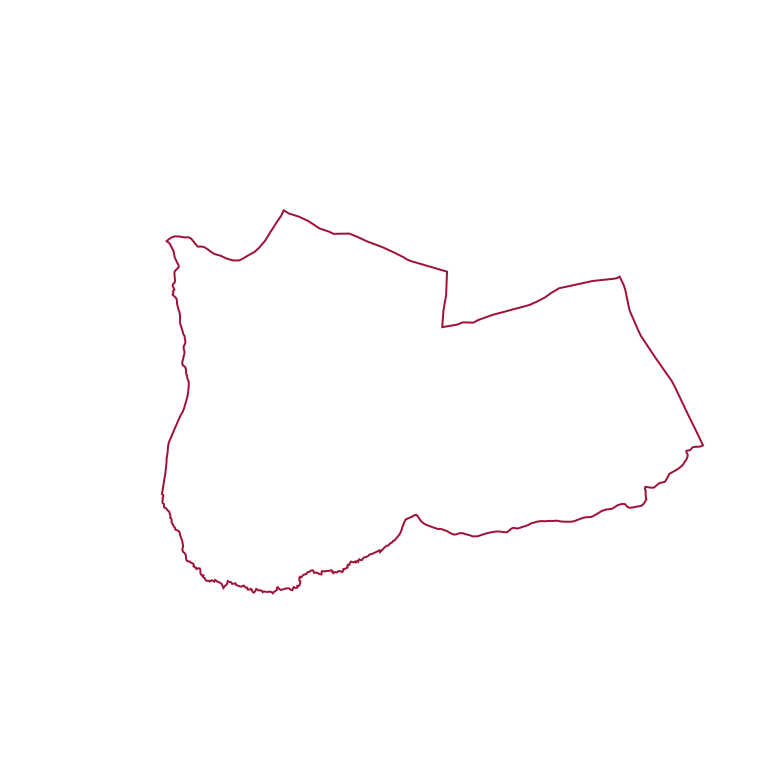 Basedth, Kâmpóng Spœ, Cambodia, rotated 331°
{"feature_id": "14789045B19080448821327", "entity_name": "Basedth", "entity_type": "district", "adm_level": 2, "iso_a3": "KHM", "parent_name": "Cambodia", "parent_adm1": "Kâmpóng Spœ", "projection": "robinson", "projection_center": [104.498, 11.199], "detail": "fine", "context": "isolated", "style": "outline", "palette": "rose", "viewbox_px": 768, "rotation_deg": 331, "n_neighbors": 0, "source": "geoboundaries", "source_scale": "gbopen_adm2", "svg_char_len": 6166}
<svg xmlns="http://www.w3.org/2000/svg" viewBox="0 0 768 768"><g transform="rotate(331 384 384)"><path d="M380.4,183.5L375.7,187.0L368.5,190.5L364.3,192.9L359.1,195.6L349.3,201.1L340.7,204.3L334.9,205.7L327.6,205.7L320.9,205.9L316.9,205.6L311.9,202.7L307.3,198.2L303.3,192.6L298.9,188.3L296.4,183.9L295.4,181.3L293.1,177.0L291.9,176.1L290.3,174.9L288.4,174.0L287.7,173.4L287.0,170.2L286.0,164.4L285.3,162.3L284.0,160.9L281.6,159.5L280.4,159.0L279.3,158.1L276.5,155.7L272.2,153.3L268.9,152.8L265.7,153.1L263.1,153.7L264.6,156.9L264.4,165.7L262.4,171.4L262.0,176.3L261.9,180.4L261.0,182.3L255.8,183.9L254.4,185.4L251.7,191.5L251.0,192.7L249.8,194.0L247.8,194.4L246.6,196.0L246.5,199.8L245.7,200.2L244.4,200.5L244.2,201.8L242.4,203.4L243.4,206.5L243.8,207.8L243.6,210.0L242.0,213.2L240.5,218.5L239.9,222.2L238.2,226.6L235.9,230.2L235.1,232.1L234.2,236.6L233.7,238.6L232.6,243.7L232.9,245.0L231.3,249.3L230.7,251.1L229.6,252.2L228.0,253.4L227.0,254.0L226.2,255.2L225.1,259.2L223.7,261.3L222.4,262.3L220.8,264.4L218.9,266.2L217.9,267.5L217.1,269.8L217.7,271.6L218.3,272.5L218.0,274.7L217.3,276.6L216.3,278.3L215.7,279.9L216.0,281.0L214.8,283.2L214.6,284.8L214.6,286.1L214.3,287.3L213.3,289.2L212.0,291.6L209.8,294.5L208.1,297.1L205.1,300.6L202.4,303.4L199.8,305.8L198.1,307.7L194.5,310.7L190.9,312.8L186.8,315.8L183.5,318.4L179.0,321.8L171.6,327.6L168.6,329.9L166.1,332.3L164.0,335.2L161.2,339.4L157.6,344.0L156.0,346.8L150.2,355.1L148.3,357.5L136.4,372.7L137.1,374.2L136.3,375.5L135.1,376.2L134.6,377.6L133.2,379.3L132.7,380.9L133.3,382.4L132.5,383.8L131.9,385.1L132.4,386.1L133.2,387.2L133.4,389.0L133.7,390.3L134.3,391.8L133.5,393.9L133.6,395.1L132.8,396.5L132.1,397.2L132.7,398.9L131.9,400.7L131.2,401.8L131.2,403.6L131.1,406.5L131.5,408.8L130.9,410.0L132.1,411.7L133.1,412.9L133.2,415.3L132.4,417.5L131.8,420.6L131.7,422.5L130.3,426.8L129.4,428.8L128.0,430.3L127.2,431.3L126.9,433.4L127.6,435.0L127.8,437.3L127.0,439.3L126.3,440.6L125.8,442.8L126.6,444.2L127.9,444.8L128.2,446.1L129.4,447.7L130.0,448.7L129.9,450.3L129.0,450.9L129.6,452.6L130.6,453.5L130.3,454.9L132.4,455.2L133.5,456.1L132.9,458.3L131.9,460.1L131.5,461.9L133.2,463.9L132.0,464.5L133.2,467.5L132.8,468.4L133.3,470.0L134.4,470.7L135.6,471.3L135.8,472.3L138.2,472.1L139.1,473.5L139.7,474.6L141.3,473.5L141.8,474.4L142.4,476.0L142.9,476.8L144.6,478.7L145.1,480.7L144.6,484.6L147.3,483.4L148.5,483.3L149.9,482.6L151.8,480.7L153.0,482.3L154.3,483.6L154.2,485.1L156.1,486.0L157.5,486.3L157.2,488.1L159.4,490.6L160.9,492.1L163.5,492.2L164.0,493.7L164.2,494.8L165.7,495.8L165.0,497.5L167.0,498.8L168.3,498.6L168.7,500.1L168.4,501.3L168.3,502.4L169.1,503.4L171.2,502.6L172.9,501.3L173.9,502.8L174.4,503.9L175.8,504.4L177.0,506.0L177.0,507.3L178.5,507.2L180.0,508.6L182.3,509.9L183.6,510.2L184.8,511.6L185.3,513.2L186.7,512.5L190.4,512.2L191.7,510.3L192.7,510.3L192.9,512.2L193.8,514.0L196.0,514.7L199.3,515.3L201.9,516.7L202.9,519.2L203.8,519.9L204.8,519.1L206.5,517.9L207.5,519.3L209.2,520.1L210.4,518.5L211.3,519.4L212.3,519.1L214.2,517.5L215.2,516.2L214.6,514.9L216.0,512.6L216.9,511.9L217.6,512.9L219.0,512.6L220.3,512.0L222.0,511.9L223.7,512.6L226.0,511.6L228.1,512.1L229.8,511.8L231.6,512.6L231.4,514.6L231.5,515.6L233.0,515.9L234.0,516.5L235.2,518.7L236.9,520.2L237.7,519.3L238.7,517.7L240.1,518.1L241.1,519.1L242.2,519.5L244.4,520.2L245.4,521.0L247.5,521.2L248.2,522.6L247.5,523.6L248.0,524.9L249.2,524.4L250.7,525.2L251.4,526.0L253.3,525.6L255.1,526.5L256.2,528.3L257.6,527.6L258.8,526.1L259.5,526.7L260.4,526.7L261.4,526.9L262.3,526.7L263.2,526.9L263.6,525.4L264.8,524.6L266.0,525.4L267.7,523.8L268.9,523.3L270.8,525.0L271.8,525.6L273.0,526.4L273.1,525.4L274.8,526.0L275.3,527.0L276.3,525.8L277.2,525.3L278.3,526.6L279.2,527.3L281.1,526.2L282.6,526.1L285.3,526.7L287.3,526.7L288.4,526.1L289.5,526.4L292.9,527.0L295.4,527.1L299.5,527.3L299.0,529.1L300.6,528.7L306.1,527.0L308.1,526.8L309.8,527.3L312.2,526.3L314.0,526.6L315.9,525.6L317.0,526.0L322.4,524.0L325.4,522.7L328.4,520.3L331.3,517.6L334.4,514.9L337.2,513.0L344.2,513.6L347.0,513.5L348.7,514.0L349.4,515.8L349.5,518.7L350.0,522.3L351.1,525.1L352.8,527.8L357.5,533.3L359.1,535.0L360.6,536.7L363.4,538.3L364.8,539.8L368.0,543.4L369.0,545.6L370.6,547.7L372.0,549.5L373.8,550.4L377.1,551.0L378.4,551.4L380.7,552.8L381.6,553.9L383.0,555.3L385.1,557.3L387.9,560.4L392.2,562.6L400.4,564.1L405.3,565.5L409.1,566.8L413.1,568.7L416.2,571.1L419.4,573.2L422.1,573.0L424.9,572.2L427.6,572.5L430.2,574.9L432.9,575.7L435.9,576.1L438.4,576.8L442.2,577.2L445.2,577.2L448.2,578.0L451.2,578.6L455.2,580.2L458.2,582.1L460.7,583.1L463.7,584.7L466.3,586.2L468.6,587.1L471.7,589.7L475.8,592.4L481.4,595.4L484.3,596.3L487.7,596.7L492.2,597.4L494.4,597.9L496.7,598.7L497.8,599.5L501.6,600.9L507.9,600.9L512.8,600.6L517.1,601.4L521.6,603.1L523.4,603.7L526.6,603.5L530.0,603.3L534.1,604.3L536.7,606.1L537.1,608.9L537.8,610.1L538.7,611.2L540.9,612.3L545.7,613.8L548.9,615.0L550.6,615.2L552.5,614.9L554.7,613.8L556.0,613.0L557.6,612.1L557.6,611.1L559.9,606.2L560.6,605.2L561.3,603.5L561.2,602.3L562.8,600.7L567.4,604.2L570.0,605.5L571.3,605.2L574.8,604.5L576.6,604.3L577.8,604.5L579.7,605.0L581.1,605.5L582.6,605.6L585.5,603.9L587.9,602.4L589.6,601.1L591.1,600.9L598.1,600.9L600.9,600.7L604.0,600.2L606.5,599.5L608.5,598.2L610.2,597.5L612.4,596.3L614.6,594.3L615.4,592.8L615.4,590.3L616.0,589.1L617.8,589.5L618.9,590.2L620.7,590.0L622.1,589.3L623.7,589.0L626.0,590.0L627.3,590.6L628.4,591.2L629.6,591.8L631.0,592.1L633.3,592.3L634.1,579.0L635.1,558.3L636.0,543.0L637.0,528.1L637.1,520.3L636.3,513.3L634.0,491.1L632.0,466.4L632.5,458.8L633.7,446.8L634.2,440.3L635.4,435.4L640.6,419.0L641.6,413.6L642.2,404.4L641.2,404.3L639.2,404.4L636.1,403.4L616.3,395.0L595.9,388.9L583.8,385.2L574.5,385.4L566.6,386.3L556.1,386.0L554.3,385.7L550.2,385.5L542.0,383.6L533.6,381.4L523.2,378.9L512.6,376.2L497.3,373.7L492.0,373.7L482.8,368.3L476.6,367.5L471.9,365.8L465.9,363.7L462.5,362.5L471.8,348.3L481.4,336.4L493.6,316.3L467.3,289.7L464.6,286.5L462.6,282.7L456.7,274.1L449.0,263.6L438.2,250.9L433.0,243.7L431.3,241.5L426.4,235.5L412.8,228.3L409.7,224.0L403.1,216.8L396.8,204.8L390.8,196.5L383.4,188.7L381.1,184.5L380.4,183.5Z" fill="none" stroke="#9f1239" stroke-width="2"/></g></svg>